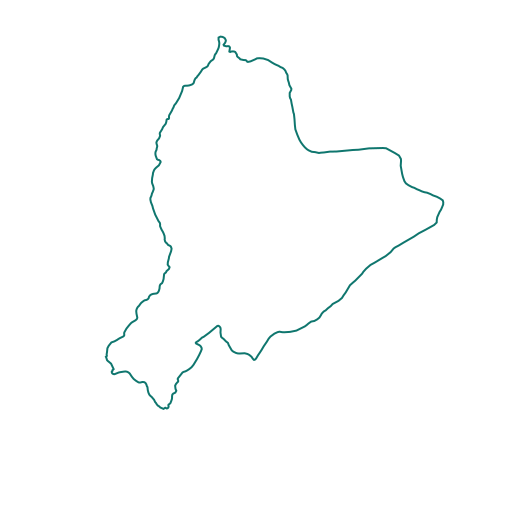 the district of Ocamonte, Santander, Colombia, rotated 28°
{"feature_id": "7082276B93797030728524", "entity_name": "Ocamonte", "entity_type": "district", "adm_level": 2, "iso_a3": "COL", "parent_name": "Colombia", "parent_adm1": "Santander", "projection": "mercator", "projection_center": [-73.133, 6.346], "detail": "fine", "context": "isolated", "style": "outline", "palette": "teal", "viewbox_px": 512, "rotation_deg": 28, "n_neighbors": 0, "source": "geoboundaries", "source_scale": "gbopen_adm2", "svg_char_len": 6096}
<svg xmlns="http://www.w3.org/2000/svg" viewBox="0 0 512 512"><g transform="rotate(28 256 256)"><path d="M399.8,141.6L398.6,139.1L397.8,136.6L397.4,130.8L397.6,128.3L397.4,125.6L397.1,122.7L396.1,120.6L394.8,119.2L391.6,118.8L387.9,118.8L383.8,119.4L381.0,119.4L377.3,119.8L374.8,120.6L372.0,121.1L369.5,121.2L366.7,121.5L363.7,121.5L361.5,121.9L357.3,121.9L354.3,121.5L352.0,120.3L348.7,117.3L346.5,114.9L341.4,108.4L339.4,103.9L338.4,102.3L335.1,100.2L330.3,99.9L320.3,99.8L317.3,101.1L305.1,108.0L296.7,114.0L291.8,116.9L277.8,126.1L272.3,129.1L267.5,132.6L264.8,134.3L263.2,135.5L259.5,136.5L256.3,137.8L252.8,138.0L250.8,137.8L248.1,137.1L245.3,136.0L242.4,134.6L239.7,132.9L235.5,129.5L231.3,125.7L228.9,122.2L225.8,117.2L222.9,112.9L221.6,111.7L218.1,107.3L215.9,104.7L213.5,101.6L211.9,100.5L210.8,99.2L209.2,96.2L209.2,92.9L208.7,91.7L205.3,89.5L203.5,87.4L202.2,86.2L201.0,84.9L199.1,81.7L198.2,80.9L196.6,80.0L195.2,78.8L193.6,78.0L191.6,77.5L190.3,77.5L189.0,77.7L186.6,77.5L184.3,77.7L182.3,77.8L179.3,77.7L174.7,77.3L169.7,78.2L166.2,79.7L164.1,81.0L162.9,82.8L159.8,86.7L157.9,88.3L157.2,88.6L156.0,88.1L155.0,87.9L153.0,88.8L149.8,89.7L148.6,89.2L146.2,88.8L145.3,88.3L144.5,87.1L141.9,85.6L140.8,85.7L139.5,86.2L138.3,87.0L137.4,88.0L136.5,88.0L135.9,86.3L135.3,84.4L134.6,83.8L133.5,83.5L132.7,83.9L131.3,84.8L129.0,85.3L128.2,84.7L128.6,82.4L128.5,80.8L128.1,79.7L126.3,78.4L124.8,78.2L123.5,78.3L121.6,79.0L120.4,80.7L121.5,82.8L122.5,83.7L123.7,85.3L124.5,87.2L125.2,89.4L125.4,91.1L125.6,96.0L125.3,96.8L125.3,98.1L126.0,101.0L126.0,102.1L125.6,103.3L124.9,104.5L124.5,105.6L124.0,108.6L124.2,110.7L124.0,111.6L123.1,113.1L121.4,115.4L121.0,116.5L120.8,119.3L120.2,123.4L119.8,125.0L119.8,126.2L119.2,127.4L119.1,128.9L119.3,130.4L119.7,132.2L119.7,132.9L119.2,134.2L118.7,134.9L117.1,136.6L115.8,137.6L113.1,139.2L112.7,139.6L112.2,140.8L113.3,145.0L114.0,152.6L113.6,159.0L113.2,160.6L113.1,161.7L113.4,163.7L113.3,164.8L113.5,167.1L113.3,172.4L113.5,173.2L113.8,174.0L114.2,174.5L114.6,175.6L114.4,176.1L113.7,176.5L113.3,176.9L113.1,177.6L113.8,179.6L114.2,181.6L114.1,182.2L113.4,185.8L113.6,188.2L113.3,192.3L113.5,193.0L114.1,193.9L114.6,194.4L114.9,195.0L115.0,195.7L115.2,197.7L114.6,200.3L114.6,201.5L114.8,202.6L115.6,203.7L116.8,204.8L117.3,205.5L117.9,207.9L118.3,208.9L118.4,211.0L118.7,212.0L119.3,213.2L120.3,214.5L123.1,217.0L124.3,217.1L125.2,216.8L126.8,217.0L127.4,217.4L127.7,217.9L127.7,221.5L126.3,225.0L125.8,226.8L125.7,228.2L126.1,231.1L126.7,232.5L127.7,235.9L129.2,239.3L130.2,240.6L132.5,242.6L134.0,244.4L134.4,245.3L134.8,248.4L134.8,249.7L135.2,251.0L135.5,252.8L135.5,254.1L135.8,254.9L136.4,256.0L137.2,256.9L137.9,257.8L141.0,260.4L142.7,262.3L147.6,266.8L153.6,271.0L155.4,271.8L156.4,272.9L156.9,274.0L157.5,274.9L160.3,277.1L162.3,278.3L163.9,279.5L165.8,281.2L167.2,283.3L167.5,284.2L168.9,285.8L170.3,286.5L171.2,286.6L173.2,287.5L175.3,287.4L176.3,287.6L177.9,289.0L178.3,290.0L178.8,291.7L179.6,297.5L180.2,299.1L181.1,302.9L182.1,305.1L183.0,305.6L184.1,306.1L184.6,306.2L185.0,306.6L185.2,308.4L184.1,311.4L184.2,312.8L183.5,314.4L183.4,315.2L185.2,319.7L185.7,322.2L185.8,324.1L185.0,325.6L184.9,326.5L185.0,327.4L185.4,328.5L186.0,329.8L186.4,331.4L186.6,332.6L186.6,333.6L186.3,335.0L185.7,335.8L183.0,337.7L182.0,338.7L181.4,339.5L180.9,340.6L180.8,341.3L180.7,342.4L181.0,343.6L180.9,344.3L180.6,345.2L179.9,346.2L178.4,347.5L177.8,348.6L176.7,351.1L176.4,352.5L176.1,354.9L175.6,356.4L175.5,357.8L175.6,359.1L175.9,360.3L176.2,361.0L177.6,363.1L180.1,366.1L180.3,366.8L180.4,367.4L180.2,368.3L179.7,369.5L177.7,372.7L177.1,374.1L176.4,377.1L175.7,380.9L175.6,385.2L175.8,386.0L176.7,387.5L176.9,388.0L176.8,388.9L176.3,389.8L174.3,392.5L173.4,394.0L172.8,395.2L171.1,397.8L168.9,400.2L168.1,404.4L168.1,407.2L169.6,410.9L170.3,413.0L171.2,414.2L170.8,415.5L171.3,415.8L173.4,417.9L174.6,418.3L175.8,418.5L178.6,419.1L183.4,422.7L182.9,424.1L183.0,424.2L183.2,424.6L183.2,425.0L182.9,425.7L183.2,426.3L183.8,426.9L184.6,427.2L185.4,427.2L186.4,426.9L186.9,426.4L189.5,423.3L190.8,422.2L193.9,419.9L195.2,419.1L196.7,418.7L198.1,418.7L199.6,419.0L203.1,420.9L205.7,422.0L208.5,422.5L210.7,422.7L211.8,422.7L212.8,422.3L213.4,421.9L214.7,420.7L215.4,420.3L216.4,419.9L217.2,419.9L218.0,420.0L219.4,420.8L220.9,422.3L221.7,422.7L223.4,425.2L225.1,427.1L226.9,428.5L228.5,429.1L230.0,429.4L233.5,430.8L235.5,432.3L236.6,432.7L238.1,433.6L239.7,434.2L240.9,434.2L242.6,434.7L246.1,434.4L247.1,432.6L248.8,432.5L249.3,432.0L249.7,431.2L249.6,430.2L249.3,429.6L248.6,428.8L248.6,428.2L249.2,427.0L249.5,426.0L249.2,423.5L248.9,421.8L248.4,420.5L247.7,419.2L247.2,417.6L247.5,416.4L248.9,414.5L248.9,412.4L247.3,411.1L245.5,408.5L245.4,406.8L245.8,404.7L246.2,403.5L246.0,402.9L245.4,402.1L244.6,401.4L244.5,400.6L245.8,393.4L246.4,392.4L247.9,390.9L248.8,389.6L250.1,387.3L251.3,384.5L251.9,381.5L252.3,374.6L252.3,370.1L252.1,365.9L251.8,363.7L251.1,362.7L250.1,362.0L249.1,361.5L247.8,361.3L244.3,361.4L243.6,361.0L243.6,360.4L244.0,359.6L244.7,358.5L245.5,356.7L246.7,353.3L247.7,352.0L250.6,346.0L254.7,335.9L255.5,335.3L256.6,335.3L257.9,335.8L258.5,336.3L259.2,337.3L260.6,340.3L263.1,343.7L264.6,344.2L266.2,344.4L269.6,345.5L272.0,345.9L273.8,347.5L278.9,350.7L280.9,351.1L283.8,351.0L285.6,350.6L287.5,349.7L291.6,347.2L294.5,346.5L296.6,346.5L299.4,347.1L301.0,348.0L302.8,348.7L303.3,348.5L303.9,347.7L304.2,346.4L304.4,342.4L304.7,339.8L305.0,336.6L305.2,332.0L305.8,326.7L306.0,323.0L306.6,320.3L307.7,318.0L308.7,315.9L310.8,313.1L312.3,311.8L314.8,311.0L316.7,310.1L321.7,307.0L326.7,302.9L332.2,295.2L333.2,293.1L334.0,291.0L335.5,288.0L338.0,286.0L339.8,283.2L340.9,280.6L341.1,277.9L341.1,276.2L341.5,274.4L342.1,272.7L343.0,271.4L344.0,268.4L345.5,265.2L346.2,262.4L349.9,256.9L351.6,252.7L351.8,249.6L352.3,246.2L352.7,237.7L354.1,233.9L355.2,231.2L358.0,221.8L358.2,219.5L359.2,215.5L361.3,210.1L363.8,206.3L368.6,198.3L370.5,195.3L373.1,189.2L374.0,184.8L375.0,182.8L377.0,179.9L380.1,174.7L386.3,164.8L389.1,159.5L393.0,153.8L398.7,145.0L399.8,141.6Z" fill="none" stroke="#0f766e" stroke-width="2"/></g></svg>